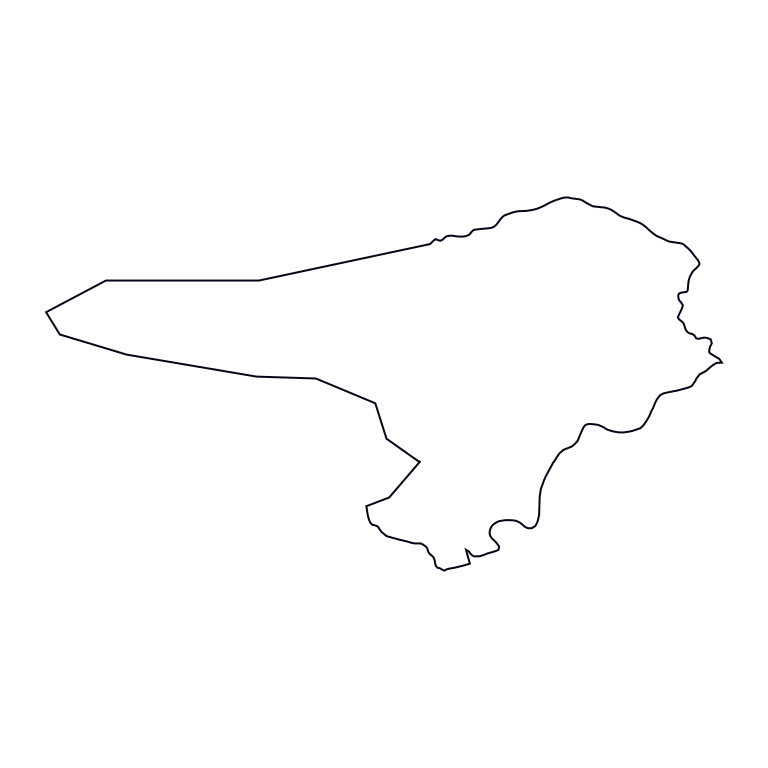 outline of Bazile, Dennery, Saint Lucia
{"feature_id": "8701671B50411660224690", "entity_name": "Bazile", "entity_type": "district", "adm_level": 2, "iso_a3": "LCA", "parent_name": "Saint Lucia", "parent_adm1": "Dennery", "projection": "mercator", "projection_center": [-60.918, 13.909], "detail": "fine", "context": "isolated", "style": "outline", "palette": "ink", "viewbox_px": 768, "rotation_deg": 0, "n_neighbors": 0, "source": "geoboundaries", "source_scale": "gbopen_adm2", "svg_char_len": 6113}
<svg xmlns="http://www.w3.org/2000/svg" viewBox="0 0 768 768"><path d="M259.1,280.5L106.0,280.5L46.1,312.2L59.8,334.5L126.6,354.6L256.5,376.6L315.9,378.5L375.3,403.3L386.5,438.7L419.0,461.7L420.4,461.1L389.2,497.5L366.3,506.2L366.9,509.4L367.1,511.0L367.6,514.1L367.8,515.3L368.9,519.5L369.7,521.3L370.2,522.4L370.9,523.3L372.1,524.7L372.7,524.8L373.0,524.8L373.4,525.0L374.4,525.2L375.9,525.7L377.2,526.2L377.8,526.6L378.8,528.0L380.4,530.4L381.2,531.6L381.5,531.9L382.5,532.7L384.2,534.1L384.7,534.6L385.1,534.9L385.2,535.1L385.6,535.3L386.0,535.7L387.3,536.4L387.5,536.4L390.1,537.1L390.6,537.3L396.7,538.9L397.1,539.0L400.2,539.9L401.9,540.2L405.4,541.1L406.7,541.4L412.1,543.0L412.7,543.1L413.1,543.2L413.5,543.2L414.1,543.3L414.7,543.3L415.3,543.5L416.0,543.4L417.9,543.5L420.0,543.4L420.6,543.5L421.7,543.8L422.0,544.0L423.7,545.0L425.2,546.1L425.8,546.6L426.5,547.2L426.9,547.8L427.3,548.7L428.4,552.1L428.7,552.4L428.9,552.8L429.4,553.6L430.3,554.5L430.7,554.7L432.1,555.9L433.2,557.0L433.6,557.6L433.7,558.0L434.7,560.3L435.4,564.7L436.1,566.3L437.8,567.9L439.5,568.1L442.5,569.8L444.7,570.6L445.7,569.8L447.5,569.1L449.5,568.6L453.8,567.9L462.2,565.9L469.9,563.7L466.0,549.8L468.9,551.5L470.4,553.6L472.5,555.6L474.4,556.4L479.9,556.2L485.1,554.5L486.7,553.7L491.7,552.3L496.1,550.9L498.4,549.9L498.8,548.5L499.0,546.4L498.4,545.3L496.1,542.4L493.3,539.6L491.7,538.2L490.0,535.5L489.6,532.7L489.8,530.7L490.9,527.5L493.0,524.8L496.2,522.5L499.0,521.2L504.8,520.2L508.3,520.1L512.4,520.3L515.6,520.7L519.8,522.5L522.1,524.3L524.9,526.8L527.8,528.2L531.8,528.2L534.9,526.3L536.0,524.9L537.7,521.2L539.1,515.0L539.7,496.7L540.8,489.2L544.0,480.3L546.1,475.6L550.8,467.1L553.0,462.9L553.8,461.9L557.3,456.5L559.6,453.2L563.5,449.8L571.6,446.6L574.7,444.1L577.7,440.7L581.1,432.5L583.2,427.9L584.8,425.5L586.9,424.4L589.5,423.9L593.1,424.2L598.3,424.9L603.5,427.2L607.2,429.6L613.0,431.4L618.9,432.4L623.9,432.4L629.9,431.5L633.4,430.6L640.3,428.2L643.3,425.4L646.3,421.2L649.1,416.5L651.4,411.1L653.1,407.9L655.3,402.5L656.9,399.4L658.7,397.0L660.3,395.1L663.2,393.5L667.7,392.4L677.0,390.6L685.3,388.4L689.4,387.2L691.6,386.0L693.3,383.9L694.3,382.4L695.4,380.8L696.2,378.9L698.3,376.0L700.0,374.1L703.6,372.3L706.0,370.9L711.3,366.3L713.1,365.0L716.7,362.9L721.9,362.7L719.7,359.5L719.0,358.7L716.8,357.5L714.5,356.1L709.7,353.0L709.2,351.9L709.3,349.7L710.1,346.6L711.8,343.4L710.7,339.4L708.2,338.3L707.8,338.3L706.5,337.8L705.9,337.8L705.6,337.7L705.2,337.7L704.6,337.6L703.6,337.7L702.5,337.9L700.5,338.4L699.8,338.6L699.4,338.6L699.1,338.7L697.3,338.7L697.0,338.6L696.7,338.6L696.2,338.3L695.7,337.6L694.8,336.0L694.5,335.6L693.9,335.0L693.2,334.6L692.3,334.0L691.8,333.9L689.5,333.3L688.8,333.0L687.7,332.1L686.4,330.9L685.5,329.1L684.5,326.1L684.1,324.6L683.2,322.9L681.9,321.6L681.6,321.4L681.3,321.1L680.8,320.8L679.3,319.5L678.6,318.7L678.1,317.9L677.9,317.5L677.9,317.2L678.5,315.8L681.5,309.4L682.2,307.7L682.8,305.7L682.7,305.3L682.5,304.7L682.0,303.8L681.3,302.7L680.6,302.0L679.7,300.9L679.3,300.4L678.6,298.8L678.3,297.4L678.3,295.9L678.3,295.6L678.4,294.8L678.7,294.1L679.2,293.5L679.8,293.1L680.3,293.0L681.7,292.5L682.1,292.5L682.5,292.4L683.6,292.3L684.1,292.1L685.6,292.1L686.1,291.8L686.5,291.8L687.0,291.5L687.4,290.9L687.7,290.2L687.8,289.7L687.8,289.4L687.8,288.4L688.0,287.8L687.9,287.1L688.0,286.7L688.2,284.5L688.3,284.1L688.3,283.2L688.4,282.8L688.4,282.4L688.5,281.6L689.0,279.4L689.8,276.9L690.8,274.9L691.1,274.5L691.8,273.1L692.8,271.4L694.1,270.0L696.6,267.9L697.3,267.1L699.0,265.2L699.3,264.6L699.4,264.2L699.4,263.6L699.1,262.5L698.4,261.1L697.8,260.0L695.1,256.6L694.8,256.3L694.3,255.7L692.5,253.2L691.0,251.4L689.6,249.8L688.5,248.7L686.7,247.2L686.2,246.7L685.5,246.2L685.3,245.9L684.3,245.0L683.5,244.3L682.8,243.9L681.6,243.5L678.4,242.9L678.1,242.9L676.5,242.6L675.8,242.6L673.6,242.2L672.8,242.2L671.9,242.0L671.2,241.8L670.4,241.8L670.0,241.7L668.9,241.5L667.9,241.1L666.5,240.4L663.9,239.1L660.7,237.7L660.3,237.5L659.8,237.3L659.6,237.2L659.1,237.0L658.6,236.8L658.2,236.6L657.4,236.3L655.7,235.3L653.3,233.6L652.5,232.9L652.2,232.7L648.0,229.1L645.6,226.7L642.1,224.3L641.3,223.7L638.6,222.4L636.1,221.4L632.7,220.2L631.8,219.8L630.8,219.5L628.4,218.7L624.0,217.5L620.6,216.1L620.1,215.9L619.1,215.2L618.7,215.0L615.5,212.6L612.2,210.4L611.6,210.1L610.9,209.7L609.7,209.1L608.0,208.5L607.4,208.3L606.0,207.9L603.6,207.4L601.6,207.3L601.0,207.2L600.7,207.2L597.5,206.8L597.2,206.8L596.7,206.7L596.4,206.7L595.6,206.6L593.5,206.4L592.6,206.1L591.1,205.4L588.8,204.2L587.7,203.6L585.7,202.5L583.7,201.2L582.4,200.4L580.5,199.6L579.6,199.4L579.1,199.3L577.3,199.1L576.4,198.9L574.9,198.7L574.5,198.6L573.5,198.6L571.8,198.3L569.3,197.8L568.1,197.4L567.0,197.4L566.3,197.5L565.0,197.6L563.3,197.8L559.7,198.8L557.9,199.5L556.4,199.9L551.6,201.8L549.4,202.8L544.8,205.4L542.4,206.5L540.9,207.2L539.4,207.8L539.0,208.0L536.9,208.8L533.5,209.7L532.1,209.9L531.4,210.1L530.7,210.2L530.3,210.3L529.6,210.4L528.7,210.6L526.0,210.9L525.3,210.9L524.5,211.0L518.6,211.2L518.2,211.3L517.5,211.3L517.0,211.5L515.1,211.8L512.9,212.4L505.5,215.0L504.2,215.6L503.8,215.9L502.1,217.3L501.2,218.3L499.4,220.6L499.0,221.1L498.5,222.0L498.1,222.4L497.9,222.8L496.7,224.3L495.7,225.3L495.0,225.9L494.5,226.3L494.3,226.5L493.8,226.9L493.1,227.2L492.6,227.4L491.1,227.8L490.5,228.0L489.6,228.1L488.9,228.2L488.3,228.2L487.9,228.3L486.9,228.4L486.3,228.5L485.7,228.5L484.2,228.7L481.3,228.9L480.7,229.0L480.0,229.0L479.6,229.2L478.5,229.2L477.0,229.4L475.9,229.5L475.5,229.6L475.0,229.7L474.5,229.9L473.8,230.0L473.1,230.3L472.6,230.8L471.8,231.7L471.4,232.0L470.3,233.6L469.9,233.9L469.4,234.5L469.1,234.7L468.5,235.0L467.3,235.6L465.0,236.3L463.5,236.5L462.8,236.6L459.3,236.6L458.8,236.5L456.7,236.4L455.9,236.2L455.3,236.2L455.0,236.1L453.7,235.9L452.3,235.8L452.0,235.7L451.1,235.7L450.5,235.7L448.5,235.9L447.9,236.1L447.1,236.2L446.4,236.5L445.9,236.6L443.8,238.5L443.0,239.3L441.5,240.3L440.8,240.6L440.3,240.7L439.6,240.6L436.9,239.7L436.6,239.5L435.9,239.3L435.7,239.2L435.5,239.3L434.9,239.5L429.9,244.1L259.1,280.5Z" fill="none" stroke="#020617" stroke-width="2"/></svg>